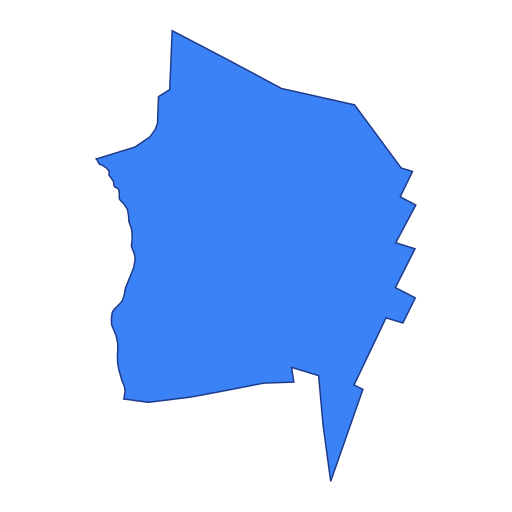 the district of Chittenden, Vermont, United States of America
{"feature_id": "52423323B83826367261250", "entity_name": "Chittenden", "entity_type": "district", "adm_level": 2, "iso_a3": "USA", "parent_name": "United States of America", "parent_adm1": "Vermont", "projection": "mercator", "projection_center": [-73.209, 44.442], "detail": "fine", "context": "isolated", "style": "filled", "palette": "blue", "viewbox_px": 512, "rotation_deg": 0, "n_neighbors": 0, "source": "geoboundaries", "source_scale": "gbopen_adm2", "svg_char_len": 1215}
<svg xmlns="http://www.w3.org/2000/svg" viewBox="0 0 512 512"><path d="M123.7,399.0L148.4,402.3L190.5,397.1L227.0,390.3L263.7,383.1L293.8,382.1L291.6,367.4L318.6,375.6L323.1,425.3L330.7,481.3L362.9,389.4L354.0,385.0L372.5,346.3L386.0,317.9L402.9,323.0L415.3,297.9L395.4,287.6L415.0,248.8L395.7,242.8L415.8,205.1L400.2,196.8L412.5,171.5L401.2,168.0L354.5,104.8L346.7,103.1L281.5,88.5L229.8,60.8L172.2,30.7L169.7,89.6L158.5,96.6L157.5,123.3L155.3,129.4L149.9,136.9L135.0,147.0L96.2,159.0L97.0,159.8L98.9,163.5L99.8,164.3L102.8,165.5L106.8,168.3L109.2,171.4L109.3,172.4L108.9,174.3L109.1,175.3L113.3,181.2L113.7,182.5L113.9,185.1L114.6,186.6L115.1,187.2L117.7,188.3L118.8,189.7L119.3,193.7L119.3,194.1L119.2,196.8L119.5,199.1L120.4,200.4L124.1,204.2L127.6,209.8L128.6,216.3L128.9,221.5L131.5,228.8L132.0,233.1L132.2,239.0L131.4,246.4L134.2,253.5L135.1,257.8L135.0,259.7L135.0,260.2L133.7,267.6L125.4,288.2L124.3,294.5L122.8,299.5L121.7,301.5L119.4,304.2L114.0,309.5L112.2,312.5L111.4,318.8L111.6,324.8L115.8,334.9L116.0,335.7L117.0,339.5L117.7,343.3L117.8,350.0L117.4,355.0L117.6,362.4L118.7,369.2L121.8,380.2L124.4,386.4L125.1,391.0L124.1,398.1L123.7,399.0Z" fill="#3b82f6" stroke="#1e3a8a" stroke-width="1.5"/></svg>